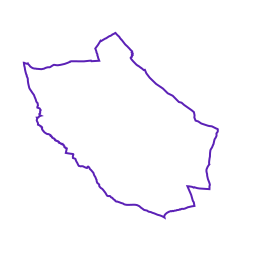 Mbulu, Manyara, United Republic of Tanzania, rotated 77°
{"feature_id": "72390352B2366371930573", "entity_name": "Mbulu", "entity_type": "district", "adm_level": 2, "iso_a3": "TZA", "parent_name": "United Republic of Tanzania", "parent_adm1": "Manyara", "projection": "robinson", "projection_center": [35.288, -3.94], "detail": "fine", "context": "isolated", "style": "outline", "palette": "violet", "viewbox_px": 256, "rotation_deg": 77, "n_neighbors": 0, "source": "geoboundaries", "source_scale": "gbopen_adm2", "svg_char_len": 5700}
<svg xmlns="http://www.w3.org/2000/svg" viewBox="0 0 256 256"><g transform="rotate(77 128 128)"><path d="M32.5,118.9L33.2,121.0L33.3,122.1L33.8,122.9L34.3,124.4L34.3,125.3L34.6,126.3L35.7,129.2L35.7,129.8L36.8,133.4L37.2,134.3L37.1,134.8L37.3,135.1L37.3,135.6L37.5,135.7L37.4,135.7L40.4,138.7L43.2,142.0L45.3,141.7L46.4,141.6L47.4,141.7L49.0,141.3L49.7,141.3L50.3,141.5L51.7,141.3L53.2,141.3L54.4,141.1L56.0,140.9L54.7,148.6L54.0,148.9L53.1,156.2L50.2,168.2L50.2,169.4L50.6,169.7L50.6,170.5L50.9,171.9L51.3,175.3L51.3,179.4L51.1,182.2L50.7,183.6L49.9,185.6L49.8,186.3L50.4,188.2L51.1,190.0L51.2,190.8L50.8,192.3L50.8,193.5L50.9,194.8L51.3,196.5L51.2,199.2L50.1,202.6L49.9,203.5L49.4,204.4L49.1,205.6L48.4,207.1L48.0,207.5L47.4,208.3L47.0,208.6L46.0,209.5L44.9,209.9L43.1,211.0L42.6,211.1L42.8,211.5L42.7,211.9L42.1,213.1L42.0,213.4L41.8,213.6L41.4,214.2L41.1,214.5L41.0,214.8L43.1,215.0L44.2,215.1L45.5,215.0L48.1,215.2L50.7,215.2L52.7,215.1L53.8,214.8L54.3,215.0L55.3,214.9L56.7,214.6L57.7,214.6L59.7,215.0L62.3,215.2L66.6,215.2L67.9,214.9L72.1,213.3L74.7,212.2L76.5,212.0L79.4,211.5L81.5,211.4L82.7,211.0L83.0,210.7L83.4,210.5L83.9,210.5L86.0,210.7L86.3,211.1L87.3,211.7L87.5,211.7L87.8,211.7L88.9,209.8L89.3,209.6L90.0,209.4L90.6,209.1L91.0,209.1L91.4,209.6L91.7,209.6L92.1,209.9L92.7,210.1L93.3,210.1L93.8,210.3L94.1,210.8L94.3,211.2L94.7,211.3L95.3,211.0L96.0,210.6L96.4,210.1L96.4,210.7L96.6,211.1L96.7,212.0L96.9,212.1L97.1,212.5L97.4,212.7L97.7,213.4L97.5,213.8L97.4,214.4L97.8,214.3L98.6,214.5L99.1,214.8L99.9,215.2L101.1,215.1L102.5,214.7L103.7,214.7L104.2,214.9L104.5,215.0L104.9,214.5L105.1,214.1L106.2,213.0L106.6,212.9L106.7,212.5L107.2,212.3L107.2,212.1L107.4,211.9L108.0,211.6L108.4,212.0L108.6,212.0L108.8,211.8L109.3,211.8L109.7,212.0L110.2,211.9L110.4,211.8L110.8,211.7L111.1,211.5L111.4,211.5L112.4,210.8L112.9,210.7L113.5,210.3L114.9,209.0L115.6,208.2L115.8,207.9L116.0,207.0L116.3,206.5L117.2,205.4L117.6,205.4L117.9,204.9L118.2,204.9L118.5,205.0L118.6,204.6L119.0,204.3L119.3,204.2L119.9,204.2L120.1,203.8L120.3,203.7L120.7,203.7L121.5,202.7L121.7,202.3L122.4,202.1L122.7,201.7L123.0,201.7L123.5,201.8L123.7,201.6L123.6,201.3L123.9,201.2L124.2,200.7L124.4,200.7L124.6,200.4L124.6,200.1L125.0,199.7L125.0,199.4L125.3,199.3L125.6,198.9L125.7,199.0L126.2,198.8L126.4,198.5L126.7,198.6L126.9,198.3L127.2,198.2L127.2,197.8L127.6,197.3L128.2,196.8L128.2,196.5L128.4,196.3L128.6,196.4L128.8,196.0L128.8,195.6L129.2,195.7L129.4,195.4L129.5,195.0L129.9,194.6L130.1,194.6L130.3,194.5L130.6,194.6L131.0,194.4L131.4,194.1L132.2,194.3L132.6,194.0L133.0,193.3L133.6,193.3L134.0,192.3L134.1,192.2L138.3,194.2L139.5,191.4L141.0,187.4L141.3,187.2L141.5,187.2L143.1,188.1L144.8,188.4L146.0,186.5L146.6,186.1L147.7,186.1L149.1,185.8L150.6,185.3L152.5,184.9L153.8,184.5L154.7,182.8L154.8,181.6L155.2,180.5L157.0,178.3L157.7,177.1L157.7,176.8L156.8,176.2L156.6,175.6L157.0,175.2L157.8,174.7L159.5,174.3L160.6,173.5L163.9,171.8L166.2,171.6L167.0,171.4L168.3,170.9L169.4,170.7L170.6,170.6L171.2,170.3L172.7,170.5L174.5,170.3L175.7,169.4L176.6,168.8L177.6,169.0L178.5,169.0L180.3,168.0L181.5,166.8L182.6,166.2L186.1,164.6L187.7,164.1L189.0,163.7L189.5,163.3L189.9,162.6L190.1,161.3L190.3,160.9L190.6,160.6L191.6,160.2L192.2,159.6L192.4,159.1L193.1,158.7L193.6,158.5L194.6,157.8L195.0,157.3L195.8,156.8L196.5,156.6L197.1,155.8L197.2,155.1L198.0,153.9L198.5,153.0L199.3,151.9L200.5,149.8L201.3,149.1L201.9,148.2L202.6,146.5L202.9,145.4L204.1,139.4L204.6,137.8L205.3,136.3L206.8,134.5L208.9,133.0L209.8,132.1L211.3,130.9L211.9,129.9L212.2,129.1L212.5,128.6L212.7,128.1L214.1,126.8L215.1,124.6L216.1,123.3L217.1,121.6L219.2,118.7L220.3,116.6L221.1,115.4L221.9,114.3L223.5,112.6L222.2,112.6L221.3,112.0L220.5,111.1L219.7,109.7L219.4,109.0L218.8,106.9L218.8,106.3L218.7,105.7L218.6,105.4L218.6,104.8L219.0,104.1L218.9,103.8L218.8,103.4L218.9,103.0L219.2,102.4L219.0,101.3L219.2,99.7L219.1,99.4L219.0,99.2L219.0,98.8L219.0,98.5L219.1,98.2L219.2,96.8L219.1,96.3L218.9,95.9L218.9,95.6L219.2,95.3L219.2,95.1L218.9,94.2L218.9,93.9L218.9,93.4L219.3,92.4L219.3,91.5L219.3,90.6L218.8,88.0L218.7,87.7L218.7,83.5L218.9,80.8L215.2,80.6L213.6,81.2L207.3,81.5L198.1,83.2L198.6,81.6L198.8,81.3L198.8,81.1L199.7,78.9L200.9,77.3L200.6,76.8L202.1,74.2L203.0,72.0L205.9,62.4L204.5,62.0L203.7,61.9L202.8,61.6L202.4,61.3L201.7,61.0L200.1,61.0L199.9,61.1L199.3,61.1L195.8,61.6L193.9,61.6L192.4,61.6L190.6,61.3L189.9,61.3L189.2,61.4L188.6,61.3L187.6,61.3L186.0,60.8L183.7,59.1L182.4,57.8L182.0,57.2L181.9,57.3L181.3,57.0L180.0,56.8L178.4,56.3L176.8,55.7L176.0,55.4L174.3,54.6L170.9,53.7L168.2,52.7L167.4,52.1L165.7,50.4L164.4,49.5L163.9,49.1L163.5,48.9L162.9,48.3L161.8,47.8L159.9,46.9L158.7,46.3L158.1,45.8L157.2,44.8L155.8,43.7L155.2,43.4L153.3,43.1L152.9,42.7L152.7,42.6L152.4,42.1L151.7,41.4L150.8,41.1L149.4,40.8L149.1,41.0L148.4,42.1L145.4,45.7L145.0,46.5L144.4,48.3L144.1,48.8L144.0,49.2L140.1,55.6L137.4,58.1L136.0,60.5L132.7,61.0L130.6,60.3L127.4,60.2L125.0,62.0L118.1,68.2L115.4,70.1L114.1,72.6L106.6,77.2L103.1,81.5L97.4,85.1L91.4,90.7L83.8,95.6L78.9,97.8L75.1,98.5L75.1,99.6L72.3,101.7L72.2,102.0L71.6,102.4L71.3,102.7L69.8,103.9L69.4,104.6L69.1,104.7L68.7,105.1L68.1,105.6L64.1,108.0L62.4,108.9L60.8,109.6L60.2,109.6L59.9,109.2L59.7,108.5L59.5,108.4L59.2,108.4L59.2,108.1L58.6,107.9L58.5,107.6L58.2,107.2L57.7,107.5L57.3,106.9L57.1,106.8L56.9,107.4L56.1,106.9L55.9,106.8L55.7,107.0L55.3,107.5L55.1,107.5L54.6,106.8L54.3,106.7L53.9,107.0L53.0,107.5L52.6,107.9L52.0,108.2L50.8,108.8L49.4,109.7L48.6,110.1L47.2,111.1L45.8,112.0L40.8,114.3L40.3,114.7L40.1,114.7L39.8,115.0L39.0,115.3L38.0,115.8L37.3,115.9L36.9,116.1L36.8,116.3L34.0,118.1L33.1,118.5L32.5,118.9Z" fill="none" stroke="#5b21b6" stroke-width="2"/></g></svg>